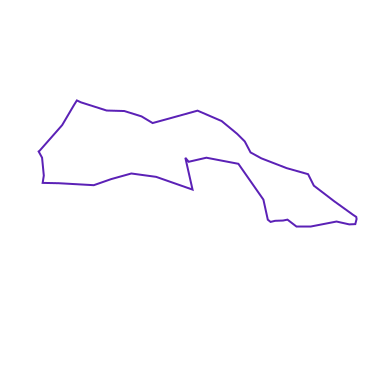 SVG path tracing the border of Kotor, rotated 309°
{"feature_id": "MNE-1507", "entity_name": "Kotor", "entity_type": "Municipality", "adm_level": 1, "iso_a3": "MNE", "parent_name": "Montenegro", "parent_adm1": "", "projection": "albers", "projection_center": [18.686, 42.45], "detail": "fine", "context": "isolated", "style": "outline", "palette": "violet", "viewbox_px": 384, "rotation_deg": 309, "n_neighbors": 0, "source": "natural_earth", "source_scale": "10m", "svg_char_len": 753}
<svg xmlns="http://www.w3.org/2000/svg" viewBox="0 0 384 384"><g transform="rotate(309 192 192)"><path d="M105.1,70.2L111.5,66.5L124.3,53.9L127.0,47.3L128.1,47.6L162.3,49.0L185.0,45.6L190.7,44.9L191.8,49.3L201.6,74.4L212.3,88.4L219.0,105.2L220.8,118.0L235.7,128.7L258.7,145.1L265.8,170.4L265.6,190.5L264.5,201.2L259.6,212.6L261.8,224.7L270.1,250.5L278.9,271.0L273.6,282.7L274.3,308.3L275.6,331.2L276.0,335.3L274.6,336.9L269.8,339.1L265.8,334.6L260.0,322.9L240.0,306.1L230.9,294.9L230.6,283.6L227.1,280.7L221.9,274.7L218.2,271.9L218.2,268.3L218.3,268.2L231.0,252.3L243.1,210.3L227.7,181.6L213.4,170.4L214.4,165.3L194.2,190.9L181.2,154.6L168.2,133.2L151.2,121.1L135.5,111.4L115.1,83.1L105.1,70.2Z" fill="none" stroke="#5b21b6" stroke-width="2"/></g></svg>